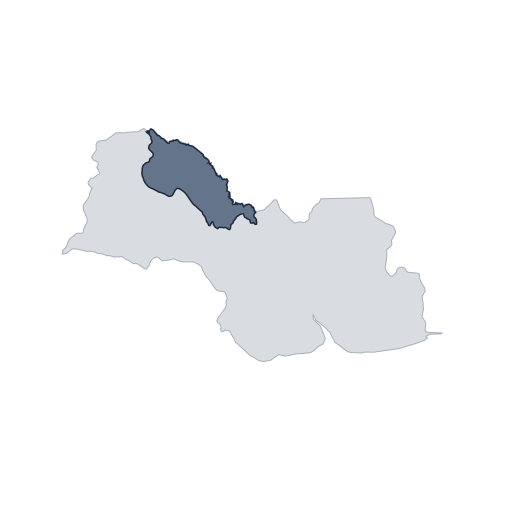 location of IX-1 Rupununi West, Upper Takutu-Upper Essequibo, Guyana, rotated 127°
{"feature_id": "73187651B14852666038275", "entity_name": "IX-1 Rupununi West", "entity_type": "district", "adm_level": 2, "iso_a3": "GUY", "parent_name": "Guyana", "parent_adm1": "Upper Takutu-Upper Essequibo", "projection": "robinson", "projection_center": [-59.236, 3.169], "detail": "fine", "context": "in_parent", "style": "filled", "palette": "slate", "viewbox_px": 512, "rotation_deg": 127, "n_neighbors": 0, "source": "geoboundaries", "source_scale": "gbopen_adm2", "svg_char_len": 9645}
<svg xmlns="http://www.w3.org/2000/svg" viewBox="0 0 512 512"><g transform="rotate(127 256 256)"><path d="M171.3,238.6L161.3,226.1L151.4,213.5L141.5,201.1L140.9,199.5L145.0,193.6L148.7,189.3L151.7,186.9L153.2,184.8L152.1,175.7L152.2,172.5L150.7,168.9L149.7,164.9L150.9,161.6L152.4,159.3L154.3,158.4L158.9,157.6L162.1,157.2L163.3,155.9L165.2,154.4L167.6,154.3L172.5,155.4L174.7,153.4L178.6,150.6L187.6,145.9L189.6,142.9L191.0,138.1L190.9,135.9L189.9,135.1L187.7,134.3L184.3,134.2L181.6,135.4L178.8,134.7L176.4,131.8L176.3,129.4L177.7,126.0L176.9,123.7L172.4,116.5L172.5,114.5L175.7,111.3L177.5,108.6L180.1,102.0L182.1,99.8L188.3,99.0L189.9,97.6L193.1,94.2L197.8,90.2L204.6,87.0L206.6,81.3L207.8,79.7L213.2,76.6L214.1,75.0L214.0,73.6L205.3,60.7L207.0,61.6L213.8,70.0L217.5,71.8L218.3,71.9L218.3,69.7L221.8,70.6L230.6,76.4L243.6,85.9L261.8,103.9L266.9,110.8L270.4,114.0L275.8,121.9L277.4,125.7L277.3,141.0L272.5,151.3L271.3,159.1L271.1,169.5L268.3,175.4L272.0,172.2L273.1,162.9L276.3,157.2L280.3,150.9L285.8,149.5L291.7,152.1L296.4,152.6L300.6,154.4L309.5,164.4L318.2,172.3L321.3,178.6L330.6,181.7L336.0,186.7L337.8,191.0L338.9,202.3L337.1,219.4L337.6,220.2L335.1,223.6L334.6,225.7L333.0,229.5L331.8,231.5L333.6,236.2L335.7,236.5L336.5,237.1L337.0,238.0L336.9,239.0L336.1,239.9L334.1,241.0L332.2,243.7L332.4,246.7L331.2,248.3L327.4,249.1L320.0,249.1L316.3,249.3L313.4,249.8L311.5,251.8L309.0,253.1L307.1,253.5L305.4,255.7L303.7,258.9L304.3,261.1L306.1,264.0L307.1,267.0L305.7,271.9L304.3,275.6L303.4,278.4L302.2,283.9L299.4,290.0L297.3,293.4L297.3,297.1L298.4,302.4L304.2,310.2L306.1,313.8L307.7,319.8L313.0,324.4L316.3,328.2L316.0,333.2L316.5,334.7L318.5,336.0L321.0,336.9L323.8,336.9L326.3,336.4L326.8,335.7L332.5,335.7L333.2,336.9L333.5,344.1L333.8,347.0L335.1,348.1L335.9,349.9L336.0,351.5L336.2,355.5L337.1,357.6L337.0,361.9L337.6,363.5L339.1,364.6L341.1,367.6L341.9,368.0L342.3,369.1L344.0,373.5L344.9,374.8L345.5,375.0L345.7,376.5L347.0,380.6L347.8,381.6L349.4,384.6L350.0,387.8L352.2,391.5L354.3,394.1L355.3,396.8L358.0,402.8L360.7,406.9L364.3,408.0L367.4,408.6L369.3,410.2L371.1,411.9L369.1,412.7L367.3,413.8L364.8,413.0L361.4,413.4L357.8,414.6L354.5,415.2L348.3,413.3L346.4,413.1L345.1,412.2L342.5,408.6L341.3,408.1L337.9,409.8L333.9,411.0L331.9,410.8L329.6,412.0L327.5,413.7L323.4,420.9L321.2,423.4L318.9,424.6L314.4,424.6L309.5,424.8L305.8,426.6L302.4,427.4L300.7,427.6L300.1,431.5L299.4,433.3L298.3,434.4L295.6,434.7L293.2,434.5L291.8,432.9L289.1,432.1L286.7,431.5L285.2,430.6L283.9,430.8L282.9,432.4L282.1,433.8L281.3,436.4L277.7,437.2L276.2,438.7L277.1,443.5L276.6,445.4L275.9,446.9L271.5,447.2L267.8,447.1L265.6,448.9L263.0,450.9L261.3,451.3L259.4,451.2L256.9,448.8L254.4,445.8L248.2,443.8L242.1,442.0L238.1,437.3L237.1,435.0L235.2,434.0L230.5,428.4L227.8,424.8L225.0,423.9L221.7,422.4L221.8,419.8L221.6,417.2L220.2,416.2L218.2,415.6L217.5,414.2L217.7,410.9L218.1,402.4L217.5,394.3L213.1,391.5L211.2,389.6L207.9,377.6L206.3,372.2L206.2,368.2L207.3,356.2L208.6,351.0L212.0,340.6L214.0,337.1L214.1,334.5L213.9,331.1L212.9,324.5L218.6,320.3L221.1,318.5L221.5,315.7L224.6,312.1L226.0,308.7L227.1,306.1L226.8,304.7L225.4,303.8L223.9,301.3L220.5,294.0L219.3,292.5L218.3,290.5L218.8,287.2L220.1,283.7L220.0,282.3L218.0,280.4L213.9,277.2L210.5,277.0L207.8,275.9L203.9,275.7L200.8,275.4L199.1,274.2L199.4,272.2L200.2,270.8L202.8,267.1L204.6,263.2L204.8,259.3L205.3,254.3L206.1,249.9L206.5,245.0L202.4,241.7L201.1,239.0L199.4,236.7L197.5,236.7L194.7,235.7L190.3,238.8L186.9,238.2L184.5,239.4L179.0,239.1L175.5,237.6L171.3,238.6Z" fill="#d9dde1" stroke="#a8b0b8" stroke-width="1"/><path d="M230.2,274.8L229.8,275.1L229.2,275.4L228.8,275.6L228.5,276.0L228.2,276.4L227.9,276.7L227.5,277.0L227.1,277.4L226.7,277.8L226.5,278.2L226.2,278.7L226.1,279.2L226.0,279.7L226.0,280.1L226.0,280.6L225.9,281.1L225.3,281.8L225.0,282.1L224.5,282.3L224.1,282.5L223.7,282.6L222.8,282.8L221.6,282.3L221.3,282.5L221.1,284.4L218.6,287.4L219.7,288.3L218.4,290.1L218.9,292.8L221.0,294.7L224.0,295.5L222.5,298.8L224.1,299.7L225.3,302.8L226.0,302.4L225.5,304.2L227.3,303.6L228.7,305.5L228.2,306.6L226.5,306.8L226.3,308.3L225.8,307.7L225.2,308.5L225.8,312.3L224.9,312.4L225.0,313.4L224.2,313.0L223.4,314.0L223.5,313.2L221.0,315.3L221.6,318.3L218.1,320.6L217.1,322.4L213.1,323.5L212.0,325.7L213.4,326.2L213.6,327.5L215.2,328.7L213.4,333.1L214.8,332.9L215.2,336.5L213.8,336.9L214.1,338.1L211.3,342.8L211.9,343.8L210.3,344.5L210.7,347.5L209.7,347.8L210.3,348.0L209.8,348.7L210.3,349.7L209.7,349.3L208.1,351.4L207.8,354.8L208.5,355.7L208.0,358.2L206.8,359.4L206.4,372.3L208.1,376.4L207.4,377.3L209.4,378.5L209.0,379.5L210.9,383.2L211.2,386.3L210.4,388.1L210.9,389.5L212.1,389.7L213.4,391.8L214.1,391.4L216.1,393.7L218.3,393.3L219.1,394.1L218.2,400.2L219.1,402.8L218.5,404.0L218.4,406.2L219.2,407.4L218.5,408.9L217.3,414.1L217.7,416.4L220.5,416.6L221.1,417.4L221.8,415.7L222.5,417.2L222.2,418.6L222.8,416.9L222.9,417.5L223.0,417.7L223.1,417.2L223.1,416.7L223.1,416.1L223.1,415.6L223.1,415.1L223.1,414.6L223.2,414.1L223.4,413.7L223.5,413.2L223.8,412.6L224.0,412.1L224.2,411.5L224.6,411.2L225.0,411.0L225.5,410.6L225.9,410.0L226.1,409.6L226.3,409.1L226.5,408.7L226.8,408.4L227.2,408.0L228.2,407.4L228.7,407.4L229.2,407.5L230.1,407.6L230.6,407.7L231.1,407.8L231.7,407.9L232.3,407.7L232.7,407.5L233.1,407.2L233.5,407.1L233.9,407.0L234.3,406.8L234.6,406.4L234.9,405.9L235.1,405.5L235.2,405.0L235.3,404.1L235.3,403.5L235.4,403.0L235.5,402.6L235.6,402.1L235.7,400.9L235.8,400.4L236.1,400.0L236.3,399.6L236.6,399.3L237.0,399.0L237.4,398.8L237.8,398.6L238.2,398.5L238.6,398.4L239.1,398.5L239.5,398.5L240.0,398.6L240.6,398.7L241.1,398.9L241.6,399.1L242.1,399.2L242.5,399.1L243.0,399.0L243.4,398.8L243.8,398.5L244.2,398.4L244.7,398.2L245.2,398.3L245.6,398.4L246.0,398.5L246.5,398.8L246.8,399.1L247.3,399.5L247.7,399.8L248.3,400.0L248.7,400.2L249.1,400.1L249.6,400.2L250.1,400.3L250.6,400.5L251.1,400.6L251.6,400.6L252.1,400.6L252.5,400.3L253.0,400.2L253.5,400.1L254.0,399.8L254.3,399.6L254.8,399.4L255.2,399.2L255.5,398.9L255.8,398.6L256.7,398.0L257.5,397.6L257.9,397.4L258.2,397.1L258.6,396.8L259.0,396.5L259.3,396.2L259.7,395.8L260.1,395.3L260.4,395.0L260.7,394.6L261.0,394.1L261.3,393.6L261.6,393.1L261.9,392.6L262.2,392.1L262.5,391.8L262.8,391.3L263.2,390.7L263.5,390.3L263.7,389.7L263.9,389.2L264.2,388.7L264.3,388.2L264.5,387.7L264.7,387.1L264.8,386.6L264.8,386.1L265.0,385.6L265.1,385.0L265.2,384.5L265.3,384.0L265.3,383.6L265.3,383.0L265.2,382.4L265.2,381.9L265.1,381.4L264.9,380.7L264.9,380.2L264.7,379.8L264.6,379.4L264.3,378.2L264.2,377.6L264.0,377.0L264.0,376.5L264.0,376.0L263.8,375.1L263.7,374.6L263.6,374.1L263.5,373.5L263.6,373.0L263.5,372.4L263.4,371.9L263.1,371.4L262.9,370.9L262.7,370.4L262.5,370.0L262.3,369.5L262.2,369.0L262.0,368.5L261.7,367.3L261.5,366.7L261.4,366.2L261.4,365.7L261.3,365.2L261.2,364.6L261.2,363.6L261.1,363.0L261.0,362.4L260.9,361.9L260.7,361.5L260.4,361.0L260.0,360.5L259.5,360.1L259.0,359.8L258.5,359.6L258.0,359.4L257.6,359.4L257.3,359.4L256.8,359.4L256.3,359.5L255.9,359.5L255.4,359.6L254.9,359.7L254.5,359.8L254.0,359.9L253.6,359.9L253.1,360.0L252.6,360.1L251.7,360.1L251.3,360.1L250.7,360.0L250.2,359.9L249.8,359.7L249.3,359.6L249.0,359.2L248.9,358.7L248.7,358.2L248.5,357.8L248.4,357.2L248.2,356.6L248.2,356.2L248.1,355.5L248.1,354.9L248.1,354.4L248.1,353.7L248.1,353.1L248.1,352.5L248.1,351.7L248.2,351.0L248.4,350.3L248.5,349.5L248.6,349.1L248.9,348.3L249.0,347.7L249.2,347.2L249.4,346.5L249.6,345.8L249.7,345.3L250.0,344.7L250.2,344.3L250.4,343.6L250.6,343.0L250.8,342.4L251.1,341.7L251.3,340.9L251.5,340.4L251.6,339.9L251.8,339.4L252.0,338.8L252.2,338.2L252.3,337.5L252.4,336.8L252.4,336.2L252.5,335.7L252.5,335.2L252.4,334.5L252.4,333.9L252.6,332.9L252.7,332.3L253.3,325.4L253.5,324.9L253.9,324.5L254.2,324.2L254.5,323.8L254.7,323.2L254.9,322.1L255.1,321.6L255.3,320.7L255.5,320.1L255.7,319.7L256.0,319.3L256.3,318.9L256.5,318.5L256.8,318.1L257.4,317.1L257.8,316.8L258.1,316.4L258.3,316.1L258.4,315.5L258.5,315.0L258.7,314.5L258.8,314.0L259.1,313.6L259.4,313.2L259.7,312.7L260.0,312.2L259.9,311.7L259.7,311.4L259.4,311.1L258.9,311.0L258.5,311.0L258.1,311.2L257.7,311.5L257.3,311.7L256.9,311.5L256.4,311.6L256.0,311.6L255.4,311.6L255.1,311.5L254.7,311.1L254.9,310.6L255.2,310.1L255.5,309.8L255.8,309.6L256.2,309.4L256.5,308.9L256.8,308.1L256.9,307.6L257.2,307.1L257.4,306.5L257.5,305.7L257.5,305.2L257.4,304.7L257.4,304.1L257.3,303.6L257.2,303.0L256.8,302.9L256.3,303.0L255.8,303.0L255.4,302.7L255.0,302.3L254.6,301.9L254.4,301.5L254.2,301.2L253.5,300.0L253.2,299.4L253.0,299.0L252.7,298.7L252.2,298.3L251.8,297.9L251.6,297.4L251.4,297.0L251.4,296.3L251.4,295.7L251.3,295.2L251.3,294.6L251.2,294.1L251.1,293.6L250.9,293.1L250.4,292.9L249.9,293.0L249.5,293.1L249.1,293.2L248.7,293.3L248.3,293.6L247.9,293.8L247.5,294.1L247.1,294.4L246.8,294.6L246.2,294.8L245.7,294.8L245.2,294.6L244.8,294.6L243.9,294.3L243.5,294.4L243.0,294.4L242.6,294.6L242.2,294.7L241.8,294.8L241.3,294.9L240.8,294.9L239.7,294.8L239.1,294.8L238.6,294.8L237.8,294.9L237.2,294.9L236.7,295.1L236.3,295.0L235.8,294.9L235.4,294.7L235.0,294.5L234.5,294.4L233.6,294.1L233.2,294.0L232.8,293.8L232.4,293.6L231.9,293.4L231.1,292.8L230.6,292.4L230.3,292.0L230.1,291.5L230.1,291.0L230.4,290.5L230.7,290.1L231.1,289.6L231.4,289.2L231.7,288.7L231.8,288.2L231.7,287.6L231.6,287.1L231.4,286.7L231.4,286.1L231.6,285.6L231.5,285.0L231.3,284.3L231.2,283.9L230.9,283.2L230.9,282.8L231.1,282.4L231.3,282.0L231.7,281.6L232.0,281.3L232.4,281.0L232.7,280.6L232.8,280.0L232.6,279.6L232.2,279.1L231.9,278.8L231.5,278.6L231.1,278.4L230.8,278.0L230.9,277.3L231.1,276.8L231.2,276.3L231.2,275.8L230.9,275.4L230.6,275.1L230.2,274.8Z" fill="#64748b" stroke="#1e293b" stroke-width="1.5"/></g></svg>